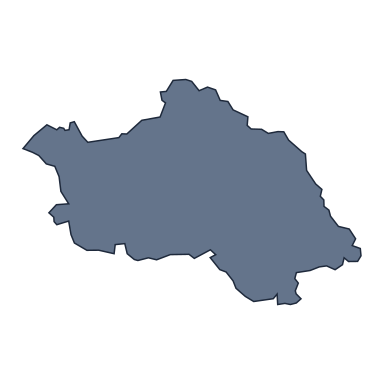 outline of Gallyaaral, Jizzakh, Uzbekistan
{"feature_id": "79887680B5401835148625", "entity_name": "Gallyaaral", "entity_type": "district", "adm_level": 2, "iso_a3": "UZB", "parent_name": "Uzbekistan", "parent_adm1": "Jizzakh", "projection": "robinson", "projection_center": [67.391, 39.992], "detail": "fine", "context": "isolated", "style": "filled", "palette": "slate", "viewbox_px": 384, "rotation_deg": 0, "n_neighbors": 0, "source": "geoboundaries", "source_scale": "gbopen_adm2", "svg_char_len": 1450}
<svg xmlns="http://www.w3.org/2000/svg" viewBox="0 0 384 384"><path d="M134.3,259.5L137.9,260.5L148.4,257.8L156.6,259.8L170.3,254.6L189.0,254.3L194.3,258.4L210.4,249.8L215.7,254.7L210.2,257.6L219.8,269.6L226.1,272.0L233.1,280.9L236.0,288.3L245.3,296.4L253.7,301.5L273.3,298.7L277.1,294.1L277.7,304.5L284.9,303.4L290.4,304.5L296.3,303.0L301.0,298.8L296.1,293.8L295.3,290.8L298.3,283.1L294.8,278.6L296.4,272.6L310.1,270.5L319.3,266.9L326.6,265.9L335.1,269.7L342.5,264.7L344.1,257.8L348.5,261.5L357.6,261.4L361.0,255.8L360.3,248.5L352.2,245.6L355.6,238.8L349.2,229.0L338.4,226.4L330.5,216.2L328.9,210.1L324.0,206.4L323.8,199.9L320.3,196.3L321.9,189.4L315.7,184.0L306.6,170.4L305.4,154.0L301.8,151.7L288.6,140.1L283.8,131.8L277.9,131.6L268.3,133.4L261.6,129.3L251.2,129.0L247.2,125.4L247.9,116.8L233.1,109.9L227.9,101.5L220.2,100.4L215.6,89.9L207.5,87.1L199.1,90.7L191.7,81.4L185.8,79.5L173.1,80.4L166.3,91.4L160.4,92.0L162.0,100.3L165.5,102.9L160.1,117.0L141.8,120.3L126.8,134.0L121.8,133.8L118.9,137.6L87.8,142.3L82.1,136.1L74.3,121.7L70.2,122.9L69.1,129.7L65.0,130.4L63.7,128.3L59.6,127.3L56.8,129.8L46.9,124.8L33.9,135.6L23.0,148.6L32.5,152.3L38.8,155.5L46.3,163.9L54.8,166.3L59.1,176.7L60.9,191.4L68.7,203.8L56.4,204.7L48.9,212.8L53.8,217.2L54.1,221.6L56.8,224.7L64.6,222.3L68.7,221.1L71.0,234.6L74.4,243.0L86.9,250.3L98.7,250.2L114.1,253.7L115.2,244.6L124.8,243.6L127.2,253.7L134.3,259.5Z" fill="#64748b" stroke="#1e293b" stroke-width="1.5"/></svg>